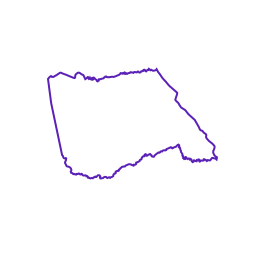 Ngauma, Niassa, Mozambique, rotated 26°
{"feature_id": "85939544B1529593178446", "entity_name": "Ngauma", "entity_type": "district", "adm_level": 2, "iso_a3": "MOZ", "parent_name": "Mozambique", "parent_adm1": "Niassa", "projection": "robinson", "projection_center": [35.668, -13.833], "detail": "fine", "context": "isolated", "style": "outline", "palette": "violet", "viewbox_px": 256, "rotation_deg": 26, "n_neighbors": 0, "source": "geoboundaries", "source_scale": "gbopen_adm2", "svg_char_len": 5809}
<svg xmlns="http://www.w3.org/2000/svg" viewBox="0 0 256 256"><g transform="rotate(26 128 128)"><path d="M34.6,119.0L48.1,139.4L80.7,181.3L81.5,181.5L82.8,182.8L83.6,183.2L84.4,183.1L84.9,182.6L85.3,182.3L85.8,182.5L86.4,184.3L86.4,186.2L86.7,187.0L87.7,187.7L89.4,189.1L90.1,189.2L91.8,188.8L93.4,188.9L94.5,189.5L95.4,190.4L95.7,191.1L95.7,192.4L96.3,193.1L98.2,193.0L98.8,193.1L99.0,193.4L99.4,193.3L100.2,192.8L101.0,192.9L101.4,192.4L101.8,192.4L101.8,191.9L102.9,191.5L103.2,190.9L103.6,190.5L104.1,190.4L104.2,190.6L105.2,190.7L105.6,190.6L105.9,190.0L106.1,189.9L106.4,189.5L106.8,189.6L106.9,190.0L107.7,190.1L108.1,190.3L109.2,190.1L109.7,189.7L110.8,189.1L111.2,189.2L111.8,189.7L112.0,189.6L112.3,189.1L112.5,189.1L112.8,189.5L113.4,189.5L113.6,189.7L113.8,190.2L114.0,190.2L114.1,189.8L114.3,189.7L116.0,189.9L116.3,189.8L117.0,189.0L118.4,188.6L118.6,187.7L119.1,187.1L119.3,187.1L119.5,186.9L119.7,186.2L119.9,186.0L120.6,186.1L120.9,186.0L121.3,185.2L121.5,184.0L121.9,183.6L122.9,183.1L123.2,183.1L124.3,183.6L124.4,184.5L124.6,184.9L125.2,185.4L125.6,185.3L127.5,183.9L128.1,182.6L128.9,181.9L129.8,181.6L130.5,182.0L131.4,182.0L132.4,180.7L132.7,180.5L133.8,180.7L134.2,179.8L135.3,178.7L135.8,177.5L135.4,176.4L135.5,175.6L135.8,174.9L136.4,174.6L136.7,174.1L136.5,173.4L136.1,173.0L136.2,172.4L137.1,171.3L137.9,171.0L138.4,170.4L138.4,170.1L138.0,169.8L138.0,169.5L138.7,168.4L138.8,167.4L139.2,166.9L139.6,165.6L140.2,165.1L140.7,164.9L141.0,164.5L142.1,163.9L142.3,162.9L142.7,162.4L144.4,160.4L145.2,159.9L146.0,159.7L146.6,159.4L147.7,159.6L148.6,159.3L149.0,159.5L149.5,159.4L149.5,159.1L149.2,158.9L149.2,158.5L150.6,157.8L150.9,157.4L151.1,156.5L150.9,156.1L150.6,155.9L150.5,155.5L152.0,154.0L152.9,152.6L152.9,152.4L152.7,151.6L153.0,151.1L153.6,150.6L153.8,150.1L153.5,149.4L153.6,147.7L153.8,147.2L155.0,146.3L155.1,146.0L155.0,145.6L154.7,145.6L154.7,144.8L155.0,144.1L155.3,143.8L155.7,144.2L156.6,144.3L156.8,144.8L157.1,144.7L157.6,144.1L158.2,142.8L158.8,142.5L159.2,141.7L159.4,141.7L160.7,142.3L161.0,142.2L161.7,143.0L162.0,142.9L163.0,142.9L163.8,142.5L164.0,140.9L165.1,138.4L165.7,137.6L166.0,136.8L166.4,136.5L166.9,136.5L167.2,136.3L167.5,135.7L167.5,135.0L167.6,134.8L168.3,134.3L168.9,134.2L169.1,133.2L169.4,132.9L170.3,132.1L171.2,131.9L171.8,131.3L172.0,131.1L171.8,130.4L171.9,130.0L172.6,129.3L174.9,126.5L175.5,126.8L176.1,126.5L176.7,126.9L176.9,126.8L177.8,125.3L179.3,123.8L180.1,121.4L180.6,120.8L180.9,120.8L181.7,121.2L182.0,121.7L182.0,122.3L182.1,122.9L182.6,123.1L183.0,122.9L183.4,123.0L184.7,124.7L185.6,125.3L186.0,126.1L186.3,126.4L188.5,127.7L188.9,128.9L189.3,129.2L189.6,129.0L189.8,129.1L189.9,129.7L190.5,130.0L190.7,130.7L191.2,130.5L191.5,130.6L191.7,131.1L191.9,131.2L192.1,130.8L193.0,130.9L193.3,130.6L193.3,129.9L192.4,129.4L192.3,129.0L192.5,128.8L192.9,128.8L194.0,129.5L195.4,129.7L195.7,128.9L195.9,128.8L197.0,128.5L197.5,129.1L198.0,128.4L199.0,128.7L199.4,129.5L199.7,129.8L201.0,130.3L201.2,129.9L201.6,129.7L201.6,129.4L201.3,128.4L201.4,128.1L201.9,128.0L202.6,128.2L203.3,128.0L203.9,128.0L204.2,127.9L204.2,127.4L203.9,127.1L203.9,126.6L204.8,126.5L205.2,126.0L205.1,125.4L205.4,125.2L206.0,125.2L206.7,126.5L206.8,126.7L207.1,126.8L207.3,126.6L207.0,126.4L206.9,126.1L207.1,125.8L208.5,124.9L209.4,124.6L210.3,124.0L210.3,123.6L209.8,123.1L209.8,122.8L209.9,122.7L212.2,122.6L213.1,123.2L213.3,123.2L213.5,122.8L213.6,122.1L213.7,121.9L215.8,121.3L216.1,120.8L216.6,118.4L216.8,117.9L217.0,117.8L218.8,117.5L219.9,117.1L221.4,117.5L221.0,115.9L220.7,115.3L218.8,115.1L217.8,114.7L216.6,113.9L215.3,112.7L214.7,111.3L214.7,109.4L214.3,107.4L214.0,106.8L213.3,106.1L210.7,105.1L206.2,104.1L203.4,102.9L202.6,102.4L202.2,101.9L201.9,101.5L201.5,100.0L200.7,99.4L197.9,98.9L196.2,98.0L195.3,98.0L194.7,98.2L194.0,98.1L193.4,97.9L191.1,96.0L184.5,91.5L176.3,89.1L171.5,86.8L166.8,86.3L164.0,84.7L163.0,83.9L162.1,83.4L160.4,82.9L158.7,82.3L158.1,81.8L157.8,80.0L157.3,76.2L157.0,75.3L156.7,74.7L147.3,72.2L145.4,71.5L141.7,69.8L138.5,68.6L136.5,67.7L133.3,65.8L130.6,64.5L127.9,62.6L127.7,63.6L127.1,64.4L125.4,65.6L123.3,65.5L123.0,66.2L122.7,66.4L122.4,66.3L121.7,65.9L120.8,65.7L120.7,67.0L120.2,67.1L120.0,67.4L119.9,68.0L119.7,68.5L119.6,69.1L119.4,69.2L119.0,69.2L118.4,68.6L117.8,68.4L117.0,68.5L116.6,68.9L116.6,69.2L116.9,69.8L116.7,70.0L115.9,70.3L115.6,71.0L115.0,71.3L114.9,72.4L114.6,72.6L114.2,73.1L113.8,73.2L112.5,72.8L112.1,72.9L111.9,73.0L111.7,74.0L110.8,74.4L109.5,74.7L108.9,75.2L108.8,76.0L107.8,76.1L107.3,76.4L106.8,76.4L106.3,76.8L105.9,76.7L105.6,77.1L105.5,77.6L104.5,78.3L103.6,79.6L103.4,79.8L102.8,79.4L102.5,79.5L101.9,80.6L101.7,80.7L101.3,80.7L101.1,80.1L101.1,79.7L100.9,79.5L100.6,79.5L100.0,80.4L99.5,80.7L99.7,81.3L99.6,81.5L99.0,81.8L97.5,81.7L97.3,81.9L97.1,83.3L96.9,83.8L94.5,86.6L92.6,88.5L91.7,88.7L91.0,89.0L89.5,90.2L88.8,90.5L88.7,90.7L88.3,90.9L87.6,91.1L87.4,91.3L86.2,91.6L85.7,91.3L85.0,91.8L84.8,92.5L84.4,93.0L84.4,93.7L83.9,94.4L83.0,95.0L82.3,95.9L81.5,96.2L81.2,96.8L80.8,96.9L80.6,97.0L80.7,97.5L80.4,97.5L80.4,97.8L80.8,98.4L80.5,98.7L80.4,99.3L80.2,99.5L79.6,99.4L78.8,98.7L76.9,98.3L76.2,97.9L75.2,97.7L75.1,97.9L75.3,98.5L75.4,99.6L75.2,99.9L74.4,99.3L74.0,98.8L73.9,98.7L73.7,98.9L73.7,99.5L73.7,100.5L72.9,100.5L71.7,99.5L71.6,100.8L71.4,101.1L71.1,101.0L70.8,100.7L70.8,100.4L70.4,100.0L70.0,99.8L69.6,99.8L69.3,100.1L69.2,100.5L69.1,101.2L68.2,102.8L65.1,100.3L64.4,100.0L62.7,100.1L60.7,99.7L59.5,99.8L58.9,100.2L58.5,100.7L57.9,101.9L57.6,102.8L57.5,103.5L57.8,104.5L58.3,105.7L58.2,106.4L58.0,106.6L56.1,106.9L54.8,106.9L53.3,107.1L50.1,107.2L45.2,107.7L43.7,107.7L43.0,107.9L42.5,108.4L40.4,112.1L39.8,112.8L38.8,114.5L38.2,115.0L37.3,115.4L36.5,115.0L35.9,115.2L35.2,116.6L34.7,118.6L34.6,119.0Z" fill="none" stroke="#5b21b6" stroke-width="2"/></g></svg>